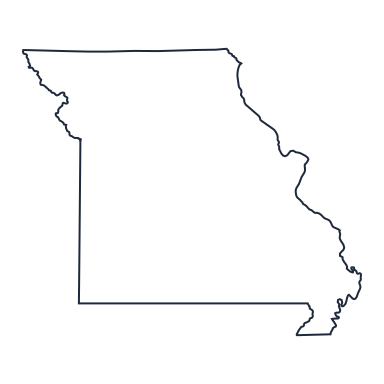 an SVG outline of Missouri
{"feature_id": "USA-3531", "entity_name": "Missouri", "entity_type": "State", "adm_level": 1, "iso_a3": "USA", "parent_name": "United States of America", "parent_adm1": "", "projection": "robinson", "projection_center": [-92.269, 38.302], "detail": "fine", "context": "isolated", "style": "outline", "palette": "slate", "viewbox_px": 384, "rotation_deg": 0, "n_neighbors": 0, "source": "natural_earth", "source_scale": "10m", "svg_char_len": 5797}
<svg xmlns="http://www.w3.org/2000/svg" viewBox="0 0 384 384"><path d="M29.8,67.8L29.0,67.7L28.7,66.9L29.3,66.5L29.8,66.1L30.1,65.6L30.0,65.4L29.4,63.5L28.6,62.4L28.4,61.9L28.3,61.4L28.4,60.5L28.4,60.2L28.1,59.2L27.2,58.1L26.7,57.2L26.7,56.4L26.9,55.7L26.9,55.0L26.1,54.3L24.9,53.9L23.9,53.7L23.3,53.1L23.0,51.6L23.3,50.0L43.3,50.5L65.9,51.1L88.3,51.6L105.7,51.6L111.6,51.5L134.4,50.9L157.9,51.1L195.6,50.0L215.9,49.7L221.4,49.2L226.7,48.8L227.1,49.4L227.3,49.8L228.2,50.4L228.4,50.7L228.4,51.5L228.5,52.1L228.8,52.6L229.1,53.0L229.6,53.3L230.7,53.6L231.9,54.3L232.0,54.5L232.2,55.4L232.4,55.8L232.7,55.9L232.9,56.0L233.5,56.0L233.8,56.1L233.9,56.4L234.0,56.7L234.1,57.0L234.6,57.4L235.6,57.8L236.0,58.1L236.3,58.5L236.5,58.9L236.5,59.3L236.4,59.7L236.8,60.3L238.7,62.1L239.3,62.5L240.7,63.0L241.3,63.5L239.7,64.8L238.5,67.6L237.8,70.7L237.5,73.2L237.4,76.1L238.8,86.2L239.1,87.2L239.8,88.2L240.6,89.2L240.9,89.6L241.2,90.0L241.3,90.5L241.4,91.1L241.4,92.6L241.0,94.4L241.0,95.1L241.2,95.5L241.9,96.3L242.2,97.1L243.6,98.3L243.9,99.0L244.1,99.6L244.2,101.1L244.8,103.2L245.8,104.7L258.5,115.7L259.3,116.6L259.9,117.8L260.2,119.1L260.5,120.0L261.3,120.7L273.0,128.9L274.2,129.9L275.4,131.4L276.7,133.7L277.3,135.1L277.6,136.3L277.7,137.1L277.6,138.8L277.6,139.6L277.9,140.4L278.8,141.7L279.0,142.4L278.8,143.1L278.4,143.8L278.2,144.6L278.6,145.4L279.0,146.2L279.2,147.2L279.3,148.2L279.1,149.0L281.4,153.6L283.0,155.5L285.1,156.2L287.3,155.2L290.4,151.2L293.0,150.7L294.0,151.1L295.7,152.2L296.7,152.4L297.9,152.5L300.5,153.2L305.5,155.9L307.5,157.5L308.4,159.2L308.0,160.3L307.2,161.8L306.2,163.2L305.5,163.8L304.8,164.5L304.7,166.0L305.0,168.5L304.9,171.1L304.1,173.0L301.6,177.0L299.0,183.9L296.6,187.7L295.8,189.7L295.7,192.0L296.1,194.8L296.4,195.8L296.7,196.5L297.1,197.2L297.5,197.7L300.3,200.1L300.7,200.7L302.1,202.1L302.5,202.6L302.8,203.6L303.7,204.3L305.6,205.4L307.0,206.7L308.2,208.2L309.6,209.5L311.4,210.1L314.2,212.4L315.0,212.9L316.9,212.8L319.2,213.5L321.0,214.8L323.9,217.7L325.1,218.5L328.3,219.8L329.5,220.6L330.8,222.4L332.3,225.8L333.4,227.1L338.4,229.3L339.8,230.4L339.4,231.2L339.6,232.2L340.0,233.3L340.2,234.4L340.0,235.5L339.8,236.5L339.7,237.7L339.9,238.9L341.0,241.1L342.4,243.1L343.6,245.2L344.2,247.8L343.3,250.0L341.5,251.7L340.0,253.5L340.0,255.9L340.3,256.1L341.3,256.5L341.8,256.7L342.6,257.3L342.5,258.2L342.7,259.2L343.1,260.2L344.3,262.2L346.4,265.0L347.1,266.8L346.8,268.6L347.7,269.5L350.3,271.6L352.3,272.4L352.9,272.4L353.2,271.8L353.0,270.8L352.7,270.3L352.2,269.9L351.7,269.4L351.2,268.0L351.5,267.4L352.4,267.3L353.6,267.3L354.0,267.6L354.2,269.1L354.4,269.6L354.9,270.0L355.9,270.7L356.3,271.1L356.6,271.8L356.7,272.4L356.9,273.1L357.4,273.6L358.0,273.8L358.6,273.6L359.2,273.4L359.7,273.2L360.7,273.7L361.0,274.8L360.7,277.5L360.8,279.4L360.7,280.0L360.4,280.5L359.9,281.0L359.5,281.6L359.3,282.4L359.5,283.7L360.3,285.8L360.4,287.2L360.0,288.9L358.0,293.1L356.8,296.7L355.7,298.4L354.3,299.1L352.7,298.6L351.4,297.3L350.1,295.9L348.9,294.8L348.3,295.1L348.0,295.5L347.5,296.6L346.8,298.9L346.7,299.8L345.9,302.7L345.5,303.8L344.3,305.2L343.5,306.0L342.8,306.3L341.5,306.0L341.4,305.0L341.9,303.8L342.2,302.5L341.6,300.0L339.8,299.2L338.1,299.9L337.7,302.1L338.2,302.8L338.9,303.6L339.3,304.5L339.0,305.7L338.9,306.6L340.0,309.2L340.2,310.6L339.7,311.9L338.8,312.5L337.5,312.7L336.2,312.7L335.2,313.2L335.4,314.3L336.1,315.6L337.1,316.5L338.4,316.9L338.9,317.3L338.7,318.0L338.2,318.4L337.6,318.5L332.8,318.7L331.9,319.0L334.7,323.0L336.1,325.5L335.6,326.7L334.8,326.9L333.9,327.4L333.0,328.0L332.7,328.6L332.5,329.6L330.9,332.2L330.5,334.3L330.2,334.3L297.1,335.2L296.8,335.1L296.7,334.8L296.7,334.5L296.9,334.0L298.7,330.5L299.1,329.9L300.0,328.5L300.6,327.8L300.9,327.3L301.1,327.1L301.4,326.9L301.7,326.8L302.7,326.5L303.0,326.4L303.5,326.1L303.7,325.8L303.8,325.5L303.9,325.2L304.0,324.9L304.1,324.3L304.1,324.0L304.2,323.7L304.4,323.5L304.6,323.2L305.1,322.9L305.4,322.8L306.1,322.6L307.2,322.1L308.8,321.2L309.1,321.0L309.3,320.8L309.4,320.5L309.5,320.2L309.7,319.0L309.8,318.7L310.0,318.5L310.2,318.3L311.5,317.9L311.8,317.8L312.1,317.6L312.3,317.4L312.5,317.1L312.6,316.8L312.7,316.5L312.8,316.2L312.8,315.9L312.5,314.1L312.5,313.7L312.9,312.2L312.9,311.8L312.9,311.5L312.8,311.1L312.7,310.9L312.5,310.6L312.3,310.4L312.1,310.1L311.9,309.9L310.2,308.9L310.0,308.7L309.8,308.4L309.7,308.1L309.7,307.8L309.6,306.8L309.6,306.5L309.5,306.3L309.3,306.1L309.0,305.9L308.8,305.8L308.7,305.5L308.2,304.2L307.9,303.7L307.7,303.4L78.9,303.4L79.3,264.5L80.4,141.1L80.2,141.0L80.1,140.8L80.1,140.6L80.8,139.8L80.7,139.2L79.8,138.9L78.6,138.8L78.5,138.7L78.4,138.2L78.1,138.0L77.9,138.0L77.3,138.0L76.6,137.9L75.0,138.0L73.9,137.6L71.7,136.1L70.6,135.8L69.7,135.2L69.5,133.9L69.4,132.6L69.0,132.0L67.2,130.9L66.1,128.4L65.8,126.0L66.2,124.9L64.0,124.4L63.8,124.1L63.5,123.1L63.3,122.7L61.2,121.2L60.3,120.8L59.9,120.6L59.4,119.9L58.3,117.7L58.0,117.2L57.1,116.8L56.2,115.9L55.7,114.6L55.8,113.4L56.1,113.2L57.5,113.1L58.0,112.8L58.2,112.2L58.3,111.6L58.2,110.2L58.6,109.2L59.4,108.1L61.0,106.6L61.6,106.2L62.0,106.0L62.3,105.6L62.5,104.1L62.7,103.5L62.9,103.0L63.3,102.8L65.8,103.5L66.9,103.5L67.7,102.8L67.8,102.1L67.6,101.6L67.2,101.2L67.0,100.4L67.1,99.7L67.3,98.5L67.4,97.9L66.9,97.3L64.7,96.0L64.0,95.1L64.4,94.5L64.4,93.7L64.1,92.9L63.4,92.6L62.3,92.6L61.4,92.8L60.6,93.2L59.1,94.5L58.0,95.1L56.8,95.4L55.8,94.9L54.5,93.4L53.9,93.1L53.3,92.8L52.3,92.7L51.8,92.6L51.4,92.2L51.2,91.8L51.0,91.2L50.7,90.7L50.2,90.5L49.6,90.4L49.0,90.3L48.4,89.3L44.2,85.6L43.3,85.2L40.9,84.8L40.4,84.0L40.3,83.0L40.5,81.6L41.0,80.5L41.2,79.8L41.1,79.5L39.6,78.1L39.3,77.2L38.6,76.1L37.2,74.5L38.1,73.0L38.1,72.2L37.6,71.5L36.7,71.2L34.9,71.1L34.2,70.7L33.6,69.9L33.2,69.1L32.7,68.3L31.8,67.7L30.8,67.7L29.8,67.8Z" fill="none" stroke="#1e293b" stroke-width="2"/></svg>